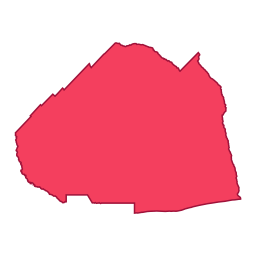 Coronel Dorrego, Buenos Aires, Argentina
{"feature_id": "61730980B45625196067006", "entity_name": "Coronel Dorrego", "entity_type": "district", "adm_level": 2, "iso_a3": "ARG", "parent_name": "Argentina", "parent_adm1": "Buenos Aires", "projection": "equal_earth", "projection_center": [-60.836, -38.64], "detail": "fine", "context": "isolated", "style": "filled", "palette": "rose", "viewbox_px": 256, "rotation_deg": 0, "n_neighbors": 0, "source": "geoboundaries", "source_scale": "gbopen_adm2", "svg_char_len": 5704}
<svg xmlns="http://www.w3.org/2000/svg" viewBox="0 0 256 256"><path d="M198.3,52.6L180.0,71.2L179.6,70.8L179.6,70.6L179.2,70.1L178.8,69.3L178.4,68.7L178.5,68.3L178.3,68.0L176.9,67.9L176.5,66.9L176.0,66.4L175.5,66.3L174.0,65.1L173.6,65.0L172.9,64.1L172.3,63.7L171.8,62.4L171.5,62.2L170.6,62.1L170.1,61.8L169.6,61.6L169.4,61.2L168.8,60.7L167.8,61.0L166.6,60.1L166.1,59.5L165.3,59.5L164.6,58.8L164.0,59.1L163.5,58.3L162.3,58.0L161.4,57.4L160.8,56.4L160.5,56.4L159.8,55.3L159.4,55.0L157.8,53.4L157.7,52.6L156.9,52.0L155.0,51.6L154.4,51.1L153.9,50.1L153.3,50.0L153.2,49.9L153.2,49.2L152.6,48.0L151.9,47.7L150.0,47.3L149.9,47.4L148.9,47.3L148.6,46.9L147.8,46.7L146.3,46.0L145.6,45.9L145.1,45.5L144.3,45.3L142.8,44.6L142.1,44.6L141.5,44.8L140.9,44.8L139.8,44.4L138.4,44.2L136.7,44.4L136.1,43.6L134.3,43.6L132.9,43.9L131.9,44.3L130.8,45.2L130.1,44.9L129.7,44.9L129.4,45.1L129.2,45.4L127.8,45.8L126.8,45.8L126.1,46.4L125.3,46.6L124.7,46.3L124.2,46.3L124.0,46.0L123.0,45.9L122.4,45.6L122.0,45.2L121.0,45.2L119.3,43.3L118.5,43.5L116.9,43.2L116.1,42.9L115.2,43.1L104.9,53.5L103.8,54.2L91.2,67.6L89.9,65.5L89.6,64.1L89.3,63.6L64.1,89.9L64.0,89.7L63.3,88.8L62.6,88.1L57.6,93.6L55.0,96.2L52.8,94.2L41.5,105.7L40.5,104.7L30.3,115.8L31.0,116.5L15.4,132.9L15.6,133.8L15.5,134.4L15.6,134.7L15.4,135.1L15.6,135.7L16.7,136.7L16.6,137.3L16.4,137.3L16.2,137.7L16.5,138.2L16.5,138.6L16.2,139.0L16.0,140.1L15.8,140.1L15.9,140.6L16.3,141.2L16.2,141.7L16.2,142.0L16.7,143.3L16.9,144.5L17.3,145.4L17.8,145.9L17.9,146.3L17.9,146.5L17.8,146.8L17.6,146.9L17.4,147.6L17.1,147.9L17.0,148.6L16.2,150.2L16.2,150.5L16.4,150.6L16.5,151.0L16.9,151.0L17.0,151.2L17.4,152.2L17.2,152.9L16.8,153.9L16.8,155.2L16.9,155.9L17.3,156.0L17.7,156.5L18.3,157.5L18.6,157.9L18.7,158.5L18.6,159.0L18.7,159.3L18.6,159.7L19.0,160.0L18.9,160.3L19.5,161.6L19.7,161.9L20.6,162.0L20.8,162.2L21.1,162.7L21.2,163.0L20.7,163.4L20.7,163.7L21.1,164.9L21.6,165.1L21.8,165.4L21.8,166.7L22.2,168.6L22.4,168.9L22.4,169.1L21.9,169.9L21.0,170.2L20.9,170.9L21.0,171.5L21.4,172.0L21.7,171.9L21.8,172.1L22.0,172.6L21.9,173.2L22.5,174.0L23.0,174.1L23.5,174.5L24.5,174.4L24.7,174.7L24.7,175.1L24.9,175.7L25.2,175.9L25.8,175.6L25.9,176.2L25.7,177.5L25.8,177.7L26.3,178.3L27.0,178.7L27.5,179.5L27.5,180.1L27.8,180.4L28.0,180.8L27.8,181.0L27.9,181.3L28.2,181.7L28.9,182.3L29.9,182.2L30.2,182.4L30.2,183.5L31.1,183.7L31.2,183.2L31.6,182.7L31.9,182.6L33.0,183.3L33.2,183.9L33.5,184.0L33.4,184.7L33.9,184.6L34.2,184.8L34.3,185.0L34.8,185.2L34.8,185.5L34.6,186.0L34.8,186.3L35.8,186.6L37.0,186.7L37.4,187.0L37.7,186.8L38.3,187.1L39.3,186.9L39.4,187.1L39.8,187.1L40.1,187.4L40.5,187.6L40.5,187.8L40.6,188.1L40.7,188.3L41.4,188.9L42.0,189.1L42.5,189.1L43.3,188.9L44.1,189.7L45.0,190.0L45.4,190.6L46.5,190.8L47.9,191.9L48.0,192.1L48.6,192.5L49.4,194.1L49.5,194.3L50.0,194.4L50.8,194.3L51.0,194.5L51.6,194.8L52.1,194.8L53.3,195.8L54.0,196.2L54.8,196.0L55.2,196.0L56.7,197.2L57.0,198.0L58.8,199.6L59.6,200.7L60.9,201.5L61.4,201.5L61.9,201.8L62.4,202.5L62.8,202.7L64.0,202.6L64.5,202.0L65.2,201.9L65.4,201.6L65.9,201.9L66.2,201.8L66.2,194.9L87.5,194.9L92.3,202.9L92.8,202.7L93.3,202.9L94.2,202.8L94.7,203.1L95.3,202.6L95.8,203.0L96.6,203.3L97.3,203.1L98.4,203.1L99.2,202.7L99.6,203.1L100.7,203.5L101.3,203.1L134.5,203.1L134.5,213.1L136.4,212.9L137.7,213.0L141.4,212.4L141.5,212.3L142.7,212.3L147.2,211.5L149.8,211.3L156.8,211.0L165.3,211.4L169.5,211.1L171.1,211.3L173.4,211.1L176.0,211.2L177.7,211.0L181.5,210.2L183.0,209.7L185.0,208.9L189.4,207.7L191.5,207.3L192.8,206.8L199.3,205.3L207.4,203.7L212.9,202.9L218.4,202.0L224.8,201.3L232.0,200.0L234.9,199.8L238.4,199.3L240.6,199.1L240.6,198.3L240.3,197.4L238.0,195.6L237.5,194.8L237.4,194.2L237.4,193.9L238.5,192.2L239.0,190.6L238.8,189.4L238.9,187.7L238.9,187.3L238.4,186.6L238.1,185.7L237.4,184.3L237.3,183.8L237.0,183.0L237.0,182.3L237.1,181.5L236.8,180.8L236.6,179.2L236.3,178.6L236.1,177.9L236.3,177.3L236.8,176.4L236.5,175.2L236.3,175.0L236.2,172.7L235.3,170.8L235.1,169.5L235.0,168.0L234.5,167.2L234.4,166.6L233.7,165.9L233.8,165.1L233.7,164.8L233.1,164.2L232.8,163.6L232.5,162.7L231.9,161.1L231.8,160.6L231.4,159.9L231.4,157.9L231.2,156.9L231.6,155.8L231.5,155.4L231.0,154.1L230.3,153.0L230.4,152.5L230.4,152.2L229.7,151.6L229.3,150.4L228.6,149.1L228.7,148.4L229.1,147.7L229.1,147.3L228.7,146.1L228.8,145.7L228.5,144.4L228.6,143.8L228.2,142.5L228.1,141.9L228.3,141.0L228.1,140.6L227.4,139.4L227.2,138.5L226.7,137.8L226.3,137.4L226.4,136.5L226.0,135.8L225.8,135.0L226.0,133.2L225.6,132.6L225.4,131.7L225.1,130.9L225.3,129.8L225.2,129.7L225.1,129.2L224.9,128.5L224.0,127.8L223.7,127.0L223.9,126.4L223.9,125.3L223.0,124.8L223.1,124.2L222.6,123.6L222.5,123.1L222.6,122.2L223.0,121.7L223.0,121.3L222.6,119.5L222.5,119.1L222.3,119.0L222.6,118.2L222.2,116.9L222.2,115.2L222.9,115.1L224.4,112.4L225.9,111.0L225.8,110.2L225.9,109.8L225.8,109.1L225.9,108.7L225.8,108.3L226.1,107.9L225.7,107.6L225.2,106.6L225.3,106.0L225.7,105.2L225.7,104.9L225.4,104.5L224.6,103.9L224.5,103.6L224.4,102.7L224.5,102.1L224.1,100.6L224.1,100.1L223.5,98.9L223.7,98.0L223.6,97.6L223.3,97.1L223.2,96.8L222.3,95.7L222.0,95.0L222.1,94.5L221.6,94.2L221.6,93.9L221.6,92.8L221.3,92.3L221.4,91.7L221.2,90.7L221.3,89.7L220.6,88.9L220.6,88.5L220.6,87.9L221.0,87.3L221.0,87.0L219.9,85.8L219.3,85.3L218.3,84.8L217.5,83.4L217.0,82.8L215.1,81.2L214.3,80.4L213.1,79.6L212.6,79.0L211.3,78.5L210.1,77.4L208.9,75.4L208.5,74.0L207.5,72.9L206.6,71.6L205.7,71.0L205.5,70.6L205.3,70.2L203.6,68.8L203.0,67.9L201.5,66.9L201.0,66.0L199.7,64.5L198.8,63.6L198.7,63.2L198.7,62.7L198.5,62.4L198.0,61.7L197.6,61.0L197.7,60.7L198.4,60.1L199.0,58.9L199.0,58.6L198.5,56.8L198.9,56.0L199.6,55.1L199.7,54.8L199.5,54.2L199.1,53.8L198.3,52.6Z" fill="#f43f5e" stroke="#9f1239" stroke-width="1.5"/></svg>